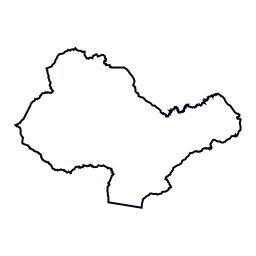 West Gonja, Northern, Ghana
{"feature_id": "2480657B54445116346139", "entity_name": "West Gonja", "entity_type": "district", "adm_level": 2, "iso_a3": "GHA", "parent_name": "Ghana", "parent_adm1": "Northern", "projection": "mercator", "projection_center": [-1.753, 9.223], "detail": "fine", "context": "isolated", "style": "outline", "palette": "ink", "viewbox_px": 256, "rotation_deg": 0, "n_neighbors": 0, "source": "geoboundaries", "source_scale": "gbopen_adm2", "svg_char_len": 5795}
<svg xmlns="http://www.w3.org/2000/svg" viewBox="0 0 256 256"><path d="M22.4,140.1L22.4,143.2L23.7,144.0L28.4,145.7L29.7,148.2L30.1,147.8L31.4,149.2L33.3,149.8L34.1,151.0L37.6,152.1L38.7,152.9L38.4,153.2L38.6,153.5L40.3,154.1L41.0,155.0L40.9,155.6L41.5,156.8L41.2,157.3L41.7,158.3L42.5,159.0L42.4,159.5L45.4,161.7L46.5,161.6L47.3,162.4L48.0,162.1L48.5,162.3L49.1,163.9L49.8,163.9L51.5,166.0L52.5,168.6L54.4,169.1L54.7,169.9L57.4,169.8L58.0,170.4L61.0,169.4L61.8,170.0L62.8,169.8L63.5,170.2L64.0,170.1L64.4,171.0L65.2,170.9L66.9,172.5L67.6,172.5L68.7,171.6L70.1,172.8L70.4,172.6L70.6,173.2L70.9,173.1L71.0,171.7L73.0,169.6L74.2,169.4L75.7,166.9L78.1,166.7L78.7,167.4L79.2,166.7L80.2,167.8L81.1,167.2L82.8,167.2L83.3,165.2L83.8,165.2L84.7,165.9L85.6,165.7L87.3,166.1L87.8,165.9L87.9,166.2L89.5,165.7L89.7,164.9L90.3,164.6L91.4,165.2L91.6,166.0L92.5,165.8L92.7,166.0L92.4,166.6L93.9,167.2L97.0,166.9L98.4,165.3L101.7,166.1L103.4,165.4L107.3,167.6L107.8,168.3L108.9,167.8L110.8,168.9L111.5,168.8L111.8,169.7L111.3,170.4L112.6,171.7L112.6,172.6L113.1,173.3L112.6,173.3L113.6,174.2L111.6,176.0L111.7,176.7L110.9,178.1L110.0,180.9L108.2,183.1L108.6,183.8L109.2,183.8L109.4,184.7L108.7,185.0L108.7,185.8L107.5,186.9L107.6,190.4L107.3,190.8L107.8,192.5L107.8,195.0L108.4,197.0L108.4,202.3L141.6,207.7L141.9,203.9L143.2,199.1L146.4,196.4L149.1,195.0L150.0,193.7L151.5,193.4L153.4,194.1L156.0,193.8L157.3,194.5L161.3,193.6L162.4,191.8L165.5,191.6L167.9,190.2L168.7,189.2L168.7,188.3L169.5,187.9L169.8,188.0L170.1,187.4L171.0,187.1L170.6,185.8L169.4,184.3L169.1,182.8L168.1,182.2L167.9,181.0L167.2,180.4L167.1,179.6L165.4,178.9L165.9,178.3L165.9,177.4L166.6,176.6L167.6,176.4L169.0,175.0L170.0,174.8L170.5,174.3L170.5,173.0L172.7,170.3L173.5,167.7L177.6,165.2L179.8,164.4L180.9,163.6L181.5,163.0L182.3,160.7L185.5,159.1L186.2,157.6L188.3,156.1L189.4,154.5L189.7,153.3L192.9,152.7L194.4,151.5L196.1,151.2L196.7,151.2L197.2,151.8L198.9,151.5L199.7,151.8L200.3,151.2L201.6,151.0L202.5,149.0L205.1,148.1L205.6,148.4L206.2,148.1L206.7,148.6L207.5,148.3L208.8,148.7L209.1,148.2L209.8,149.1L210.2,148.2L210.4,148.6L211.1,148.1L211.3,148.3L211.6,147.8L210.3,144.2L213.2,139.8L214.5,139.8L217.7,141.5L219.6,141.4L221.0,142.3L223.0,142.6L225.3,141.5L226.7,140.0L229.9,138.5L231.6,136.2L233.6,136.0L234.8,136.4L235.4,134.8L236.2,136.3L237.2,135.7L239.0,131.2L240.4,130.1L240.6,126.8L239.8,123.3L240.6,119.4L239.9,118.7L237.8,118.8L237.1,117.9L237.1,117.2L239.3,116.1L239.4,114.7L238.4,113.8L237.0,113.7L234.9,112.3L230.2,105.6L228.0,104.5L225.8,101.9L224.2,98.5L222.3,96.5L220.6,95.8L219.4,94.5L217.8,93.7L216.5,93.9L216.8,94.3L216.6,94.8L214.7,94.6L214.7,94.9L214.3,94.7L213.6,95.1L213.3,95.8L212.2,95.5L212.3,96.5L211.9,96.0L210.8,96.0L209.8,96.7L208.4,96.7L207.8,97.5L208.2,98.2L207.4,98.8L207.7,99.0L207.4,100.2L206.5,100.5L206.9,100.0L206.7,99.6L206.0,100.1L206.0,99.6L205.7,99.7L205.7,100.1L205.0,99.8L205.2,100.3L204.3,100.4L204.6,100.6L204.1,101.2L204.4,101.6L203.8,102.1L204.5,103.1L203.0,102.6L202.2,102.9L201.7,104.7L200.7,105.6L199.3,104.4L198.4,104.9L198.3,104.5L197.8,104.5L197.7,105.0L197.1,105.0L196.9,105.7L196.0,105.7L195.8,106.9L195.3,107.2L194.3,106.9L194.2,107.3L193.9,107.1L192.6,107.5L188.2,106.3L188.4,104.6L187.2,104.7L187.5,105.1L187.0,105.6L185.8,105.5L185.3,105.9L185.8,106.4L185.7,107.1L185.1,106.9L185.0,107.4L184.6,107.0L184.4,107.5L184.8,107.4L185.0,108.1L184.0,108.3L184.5,108.4L184.5,108.8L184.1,110.2L183.8,110.2L183.9,110.9L183.0,110.7L182.8,111.0L183.3,111.1L183.3,111.5L182.6,112.0L182.3,111.9L182.5,111.0L182.0,111.4L182.1,111.9L181.3,111.7L180.3,112.5L179.0,112.5L179.3,111.6L178.7,111.4L178.8,111.9L178.3,111.9L178.3,111.2L177.5,110.7L177.5,110.3L178.0,110.6L178.1,110.0L177.4,109.7L177.2,108.8L177.5,108.5L177.1,108.4L177.0,107.7L176.3,107.0L175.6,107.0L175.8,107.3L174.8,107.8L175.2,108.2L174.2,108.6L173.9,109.4L172.9,109.3L171.8,110.0L171.9,110.7L171.3,110.8L171.0,110.1L170.8,110.7L170.1,110.7L170.4,110.9L170.0,111.6L171.0,112.4L170.5,113.0L169.5,113.2L169.3,113.8L170.0,114.3L169.9,114.6L168.8,114.5L168.2,116.0L167.6,116.0L167.6,116.5L166.2,116.4L166.2,115.5L165.6,114.3L164.1,114.3L163.9,113.5L163.3,113.1L162.5,113.7L162.0,113.4L160.7,112.1L160.7,110.6L158.2,108.4L156.9,107.8L155.6,106.3L154.2,105.5L153.5,105.7L152.2,105.2L150.7,103.2L146.2,100.9L143.2,97.7L140.2,96.9L138.4,95.9L138.6,94.6L137.7,92.8L136.8,92.9L135.8,91.9L135.3,90.7L135.6,89.5L135.1,88.2L135.2,87.2L134.9,86.6L134.1,86.5L133.1,85.1L134.0,83.5L134.5,81.0L133.6,78.1L132.6,77.1L131.5,75.0L130.3,74.1L128.4,71.1L126.4,69.0L124.0,67.5L111.3,67.5L111.0,67.1L109.9,67.0L110.2,65.6L109.8,65.1L106.1,65.1L106.1,64.0L104.3,63.5L104.0,62.1L104.3,61.1L105.6,61.0L105.5,60.3L106.2,59.7L106.1,59.0L105.1,58.5L105.0,56.4L103.5,55.1L101.7,55.0L97.8,56.5L96.9,54.5L96.2,54.3L94.1,55.5L93.3,55.6L92.8,56.3L92.4,58.2L90.1,57.6L89.2,58.0L88.7,58.7L87.5,58.3L86.8,58.5L85.6,56.4L84.6,55.3L84.6,51.6L82.2,52.0L80.7,50.7L78.5,50.8L76.5,49.8L75.5,48.3L75.0,48.9L74.6,48.7L73.7,49.9L72.9,49.3L71.3,49.5L70.4,50.5L68.5,50.0L68.6,50.3L65.0,51.7L63.7,53.3L59.2,54.2L58.8,55.0L57.6,56.0L56.6,58.7L55.8,59.3L55.3,60.6L55.3,61.5L54.9,61.7L54.4,63.2L52.4,64.7L51.8,66.4L46.5,68.4L47.1,69.3L47.7,73.5L48.7,75.9L48.3,77.8L48.9,78.5L49.4,80.8L50.5,82.3L50.5,83.6L49.7,84.9L49.7,85.6L51.0,87.3L50.6,88.4L51.4,88.9L52.9,90.9L52.4,91.0L52.5,91.6L51.5,92.8L49.7,92.8L48.2,92.3L47.6,92.6L47.2,92.3L46.9,92.8L46.0,92.9L45.2,92.3L44.1,93.2L42.4,93.2L40.8,95.1L41.0,95.4L39.9,96.2L40.0,97.0L39.2,98.2L38.0,98.5L37.4,99.2L36.7,98.9L35.1,99.0L34.8,100.5L32.8,101.7L30.9,103.6L30.4,105.5L23.3,119.4L21.9,120.1L21.1,121.6L20.3,121.9L20.2,122.7L18.3,123.9L15.4,125.1L16.6,126.3L18.1,126.5L20.2,128.1L20.8,131.1L20.5,132.4L20.7,134.4L21.1,134.7L21.8,136.5L22.8,137.3L23.0,138.0L22.4,140.1Z" fill="none" stroke="#020617" stroke-width="2"/></svg>